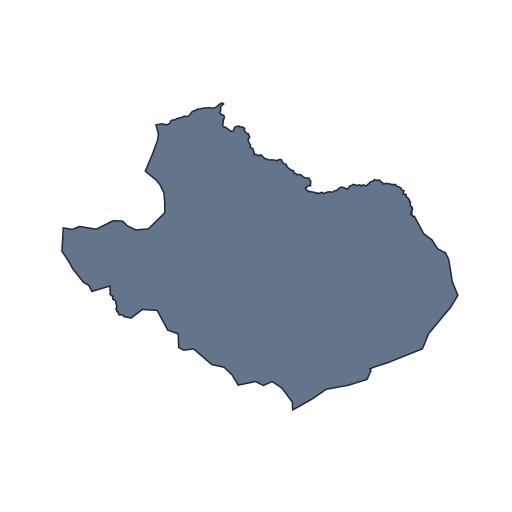 Delu'un, Bayan-Ölgiy, Mongolia, rotated 150°
{"feature_id": "93677404B55197094733289", "entity_name": "Delu'un", "entity_type": "district", "adm_level": 2, "iso_a3": "MNG", "parent_name": "Mongolia", "parent_adm1": "Bayan-Ölgiy", "projection": "equal_earth", "projection_center": [90.333, 47.743], "detail": "fine", "context": "isolated", "style": "filled", "palette": "slate", "viewbox_px": 512, "rotation_deg": 150, "n_neighbors": 0, "source": "geoboundaries", "source_scale": "gbopen_adm2", "svg_char_len": 6034}
<svg xmlns="http://www.w3.org/2000/svg" viewBox="0 0 512 512"><g transform="rotate(150 256 256)"><path d="M99.0,211.1L100.4,211.8L100.2,212.6L100.2,213.1L100.6,214.0L101.2,214.6L100.7,215.3L100.2,215.6L100.0,215.0L99.9,215.0L99.2,215.4L99.0,216.3L99.3,217.4L98.7,217.7L98.1,217.5L97.4,217.8L97.5,218.0L97.2,218.5L96.9,218.7L97.0,219.5L96.8,219.8L96.3,220.1L96.7,220.7L96.8,221.1L97.3,221.6L97.4,221.9L97.0,222.3L96.7,223.4L96.5,223.7L96.3,224.2L95.4,225.0L95.2,225.5L95.3,225.9L95.7,226.5L95.5,226.9L95.3,227.2L95.3,227.6L95.1,227.9L95.3,228.1L95.2,228.7L95.3,229.4L95.4,230.1L95.7,230.6L95.6,230.9L96.3,232.3L96.0,232.8L95.4,233.5L95.3,233.8L95.6,234.6L95.9,235.1L97.3,235.7L97.6,236.0L96.7,237.3L95.2,238.4L96.0,239.1L96.8,240.6L96.4,241.6L96.4,242.0L97.0,243.5L97.6,244.3L98.9,245.6L99.0,246.0L99.6,246.9L99.6,247.4L99.3,247.9L99.9,248.1L100.5,248.5L100.6,249.0L101.2,249.5L102.7,249.5L103.4,251.0L104.3,251.8L104.5,252.1L105.4,252.2L105.8,253.0L106.7,253.4L106.8,253.8L107.0,254.0L108.0,253.9L108.7,254.5L109.7,254.6L109.8,254.8L109.8,256.2L110.2,257.2L111.0,258.1L110.9,259.0L110.8,259.5L111.2,260.2L112.5,260.4L113.6,261.4L114.8,262.2L115.3,263.1L116.3,262.6L117.5,262.3L118.4,262.8L119.8,262.9L120.5,262.9L122.4,262.1L123.4,262.2L124.6,261.8L125.9,261.8L126.1,261.9L126.2,262.3L126.8,263.3L127.4,263.8L127.8,263.9L128.2,264.2L128.8,264.1L129.3,264.2L129.5,264.1L129.8,264.1L130.3,264.4L130.1,265.1L130.6,265.4L130.7,265.6L131.2,266.1L131.8,266.3L133.5,266.5L134.2,267.8L135.2,268.7L136.3,269.5L138.2,269.2L138.6,269.3L139.1,269.7L139.9,269.7L141.7,268.7L142.1,268.7L143.6,268.0L143.7,268.4L144.2,269.4L144.8,269.9L145.0,270.3L145.5,270.7L145.8,271.6L147.9,273.1L149.2,273.2L151.7,273.0L152.9,272.3L153.7,272.7L154.6,273.0L157.7,273.1L158.6,273.4L159.1,273.9L159.5,274.4L160.2,274.8L160.5,275.1L161.8,275.4L162.7,275.9L164.3,276.1L165.3,276.0L166.2,276.4L166.5,276.8L166.7,277.2L166.8,278.0L168.3,278.6L168.9,278.6L169.7,278.3L170.9,279.4L171.3,280.1L172.3,279.8L172.8,280.3L173.0,281.2L173.6,282.0L174.5,282.8L175.1,283.1L175.9,283.8L176.3,284.4L176.5,284.6L177.9,285.0L178.0,286.1L178.4,286.6L178.8,287.1L179.1,287.5L179.1,289.0L179.3,290.3L177.2,290.2L176.6,290.7L175.8,290.8L174.5,289.9L173.5,289.6L173.2,290.7L172.4,291.4L171.9,292.5L171.5,293.0L171.1,293.3L171.1,293.7L171.4,294.6L171.4,296.4L171.2,296.9L172.3,297.5L172.8,298.2L173.6,298.3L173.8,298.4L174.6,299.6L175.8,301.0L175.7,301.2L175.7,301.4L175.9,302.4L176.1,302.6L176.4,303.5L176.9,304.1L178.2,305.2L180.0,306.0L180.0,306.7L180.4,307.7L181.7,308.8L181.8,309.5L181.0,310.5L180.8,311.1L182.1,312.4L182.6,313.1L184.0,315.9L184.4,317.2L184.8,318.0L184.1,318.9L184.0,319.4L184.3,320.7L184.9,321.2L185.7,321.8L185.8,322.7L186.4,324.7L186.3,325.2L185.7,326.2L185.8,326.5L186.9,327.6L188.1,327.9L188.7,328.2L190.1,328.0L190.7,328.3L191.1,329.0L192.4,330.1L193.8,331.0L194.3,331.5L196.6,332.5L197.3,333.4L197.6,334.1L199.7,336.0L200.0,337.1L200.4,338.2L200.5,339.6L200.9,340.6L201.2,341.1L201.7,341.4L202.1,341.5L203.2,341.2L203.6,341.3L203.9,341.7L204.2,342.8L204.8,343.6L205.9,344.4L206.8,344.7L206.4,344.9L206.1,345.3L206.0,346.4L205.7,347.5L205.5,348.7L204.9,349.9L205.0,350.3L205.6,351.0L205.6,351.8L206.6,353.0L206.7,353.3L206.4,353.8L205.5,354.6L205.1,355.3L205.5,356.8L205.2,358.1L205.2,358.8L205.4,359.8L203.9,361.0L202.9,361.6L201.8,362.5L201.8,364.9L201.5,365.6L202.0,366.3L202.9,367.1L203.1,368.1L203.2,369.5L203.2,370.2L203.3,371.1L202.8,371.5L202.1,371.9L202.2,372.8L202.6,373.5L203.9,375.2L205.5,375.7L205.5,376.6L206.2,377.3L207.4,377.8L208.1,377.9L208.9,378.1L209.7,378.1L210.2,377.9L213.0,375.8L213.7,375.6L214.9,376.1L215.0,376.7L215.8,377.5L216.1,378.1L216.4,379.4L217.6,381.7L218.3,383.2L218.5,383.4L219.1,383.6L219.9,385.0L219.4,386.1L219.0,386.3L217.1,388.8L217.0,389.1L216.8,389.7L215.1,390.8L213.9,392.1L213.9,392.7L213.7,393.2L213.7,394.4L214.3,394.8L214.8,395.0L215.2,395.4L215.4,396.9L215.9,398.3L215.9,398.6L214.5,399.1L213.4,400.1L213.5,401.0L212.5,401.7L212.0,402.6L211.4,403.2L209.9,403.7L209.0,403.6L208.0,403.8L208.5,405.3L209.3,405.6L212.2,405.7L214.2,405.0L215.1,405.0L216.8,404.9L218.3,405.2L219.6,405.6L221.5,407.2L225.5,409.4L229.0,410.9L230.9,411.3L233.1,412.4L236.8,412.5L237.2,413.0L239.1,412.8L240.4,412.6L243.0,411.2L244.3,410.8L247.0,411.9L248.0,412.8L248.7,413.0L249.8,412.9L250.5,413.2L252.8,413.6L254.7,414.2L256.6,414.7L257.2,414.4L257.9,414.3L258.8,414.7L259.4,415.2L261.3,415.6L262.4,415.5L263.0,415.3L263.4,414.5L264.6,413.9L265.2,413.9L265.9,414.2L266.9,414.1L268.9,415.0L269.4,415.8L270.4,416.5L270.8,417.1L271.5,417.3L272.1,417.9L274.1,418.5L277.1,419.6L279.5,410.3L284.0,404.9L294.5,396.2L309.5,384.8L304.4,371.5L303.6,365.8L304.2,356.6L308.1,348.4L313.3,339.1L335.7,333.3L347.1,338.7L352.3,346.4L354.1,352.9L362.0,358.0L381.0,359.1L394.0,369.8L401.9,370.9L408.8,376.7L421.7,357.2L420.9,344.5L421.1,336.5L418.6,319.4L415.5,314.3L415.9,307.4L397.5,303.0L398.0,302.5L398.6,300.5L399.5,299.6L399.8,298.8L400.1,297.5L401.4,296.5L401.4,295.3L401.2,294.3L400.7,293.4L400.2,292.9L400.3,292.3L401.5,290.7L401.6,290.1L401.2,289.7L401.1,289.4L400.1,287.8L400.1,286.7L401.0,285.2L401.2,284.6L400.9,284.1L401.9,282.3L401.8,281.3L402.1,281.1L403.1,280.8L403.6,280.5L403.8,279.8L403.5,279.5L403.4,278.9L403.7,278.3L404.2,278.0L404.3,277.5L404.0,277.0L403.3,276.5L403.3,276.0L403.9,275.2L404.1,274.3L403.9,273.4L403.2,272.9L402.7,272.8L402.0,272.8L400.7,270.8L400.8,270.2L400.5,269.4L395.2,264.7L381.1,266.5L368.8,258.3L369.5,235.9L362.3,227.4L368.7,215.5L365.7,210.6L356.5,206.7L348.6,184.1L342.4,178.5L339.2,175.5L336.2,164.9L336.0,153.1L319.1,147.5L314.4,140.2L304.8,139.2L303.7,137.1L300.0,129.5L299.5,128.1L297.6,111.2L301.2,104.5L301.2,104.3L278.5,104.1L262.0,105.5L241.0,98.0L221.6,93.6L213.9,99.1L213.9,101.3L213.1,101.0L210.6,101.0L195.0,97.7L158.3,92.4L145.2,102.5L115.8,113.3L114.4,113.6L100.8,121.0L98.8,135.9L98.6,136.0L98.4,136.8L96.1,142.6L90.9,156.6L90.6,159.8L90.3,164.2L90.4,164.7L91.5,165.6L95.1,171.5L95.6,182.1L99.7,191.6L99.4,197.2L99.0,211.1Z" fill="#64748b" stroke="#1e293b" stroke-width="1.5"/></g></svg>